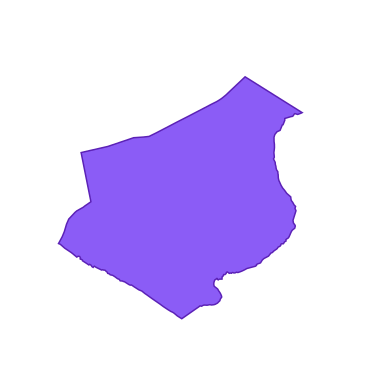 the district of La Dade-kotopon, Greater Accra, Ghana, rotated 50°
{"feature_id": "2480657B88791559733000", "entity_name": "La Dade-kotopon", "entity_type": "district", "adm_level": 2, "iso_a3": "GHA", "parent_name": "Ghana", "parent_adm1": "Greater Accra", "projection": "albers", "projection_center": [-0.148, 5.589], "detail": "fine", "context": "isolated", "style": "filled", "palette": "violet", "viewbox_px": 384, "rotation_deg": 50, "n_neighbors": 0, "source": "geoboundaries", "source_scale": "gbopen_adm2", "svg_char_len": 2883}
<svg xmlns="http://www.w3.org/2000/svg" viewBox="0 0 384 384"><g transform="rotate(50 192 192)"><path d="M284.5,134.8L283.7,134.4L280.9,134.2L278.6,132.8L273.2,124.4L270.7,123.6L269.6,121.9L267.6,122.1L264.7,121.5L262.4,121.4L260.8,120.6L259.2,119.5L253.9,120.3L250.3,120.0L247.3,120.0L244.2,119.5L238.9,118.0L236.8,116.9L233.9,114.7L233.2,114.4L231.6,113.2L229.5,113.0L227.9,112.3L226.2,111.2L224.6,110.5L222.7,109.2L219.0,108.3L218.7,107.4L218.2,106.5L214.4,103.9L212.3,101.6L211.0,100.3L208.3,98.1L206.1,96.7L202.8,94.0L201.2,91.6L200.5,88.1L201.4,84.9L200.6,83.4L200.0,82.2L198.7,79.8L199.0,79.0L196.7,74.8L195.3,73.7L197.8,67.9L198.6,66.5L198.7,65.6L198.0,63.5L198.1,62.8L200.5,61.2L201.7,57.9L202.0,56.6L137.9,77.3L139.1,97.5L139.5,103.8L139.4,109.2L139.0,112.6L138.6,115.1L137.3,120.5L131.8,145.4L128.6,159.3L127.3,165.3L123.7,181.5L121.8,189.2L118.6,194.0L112.9,201.8L103.0,227.2L90.5,251.6L134.5,275.7L133.8,283.2L133.8,285.0L132.4,292.3L132.4,294.6L133.5,303.8L136.0,308.8L140.3,315.3L142.8,320.1L145.7,327.4L147.4,326.5L153.3,325.6L160.8,323.4L167.8,322.1L168.0,320.5L169.2,319.5L170.7,319.8L171.3,320.7L171.8,320.6L172.5,320.0L173.7,319.7L174.3,320.1L175.9,319.6L179.8,318.4L181.6,317.9L181.6,316.9L183.1,316.4L184.9,316.6L186.2,316.2L186.0,315.2L186.1,314.5L188.3,313.8L193.7,311.4L194.2,310.3L194.8,310.1L195.3,309.5L196.3,308.8L197.5,308.8L199.1,308.5L200.1,308.9L201.7,307.9L202.8,307.9L204.9,306.3L207.8,305.4L210.5,304.8L212.1,303.9L213.9,304.1L215.6,302.4L216.4,302.2L217.1,301.5L222.4,299.8L223.6,299.2L224.4,298.1L227.0,297.4L232.8,295.6L235.6,294.1L239.3,293.4L241.4,292.8L248.1,291.1L257.2,288.6L261.4,287.6L266.5,286.1L270.1,284.9L271.7,284.1L273.0,283.7L275.1,283.3L277.5,282.9L282.5,281.3L284.0,264.2L284.3,261.3L284.4,259.1L285.7,258.0L286.0,256.2L286.5,255.3L288.5,253.1L289.8,250.7L291.0,249.8L292.4,247.7L293.0,246.3L293.2,245.2L293.5,243.9L293.3,242.1L293.2,240.5L292.3,239.3L291.6,236.8L290.8,236.3L289.0,235.7L287.1,235.3L285.0,235.1L282.8,234.7L280.7,235.1L278.5,235.6L276.9,234.8L276.3,234.3L275.5,233.5L274.9,232.6L274.0,231.1L274.2,230.0L274.1,228.7L274.5,228.3L275.3,228.7L276.2,228.4L276.3,227.1L278.0,225.0L276.4,223.5L276.4,222.3L275.6,220.8L276.4,220.0L276.4,218.3L275.7,217.3L275.9,216.4L277.2,215.9L278.2,215.8L278.7,214.7L279.6,214.0L279.6,212.9L280.2,212.3L280.8,212.1L281.6,211.1L282.1,209.4L283.2,208.6L284.1,206.3L284.7,204.5L285.4,201.8L285.9,199.1L289.6,191.2L289.7,189.8L289.1,189.3L289.2,188.1L290.2,185.7L290.3,184.9L289.8,183.5L289.3,181.9L289.2,179.7L289.5,178.3L290.3,174.6L289.5,170.9L290.0,169.3L289.8,167.2L290.0,164.9L290.1,164.0L290.1,163.1L289.6,161.4L290.1,159.4L289.9,158.3L289.2,157.5L289.2,156.8L290.4,155.2L289.7,153.2L290.0,151.5L288.8,150.6L288.9,149.0L289.1,148.4L289.0,147.2L288.4,145.8L286.6,142.2L285.9,140.5L285.7,139.5L285.8,136.6L284.5,134.8Z" fill="#8b5cf6" stroke="#5b21b6" stroke-width="1.5"/></g></svg>